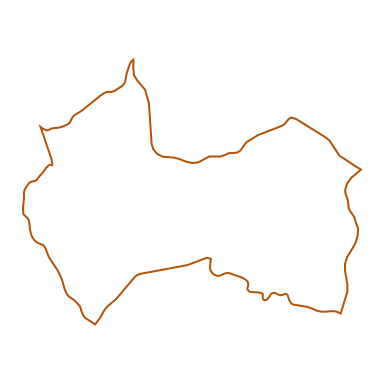 the Department of Canindeyú
{"feature_id": "PRY-619", "entity_name": "Canindeyú", "entity_type": "Department", "adm_level": 1, "iso_a3": "PRY", "parent_name": "Paraguay", "parent_adm1": "", "projection": "natural_earth1", "projection_center": [-55.27, -24.157], "detail": "fine", "context": "isolated", "style": "outline", "palette": "amber", "viewbox_px": 384, "rotation_deg": 0, "n_neighbors": 0, "source": "natural_earth", "source_scale": "10m", "svg_char_len": 2626}
<svg xmlns="http://www.w3.org/2000/svg" viewBox="0 0 384 384"><path d="M133.3,59.6L133.4,60.4L133.3,68.0L133.9,75.1L137.3,80.5L145.1,89.8L148.9,103.0L151.6,143.8L153.3,149.3L157.3,154.0L162.8,156.7L173.9,157.6L179.5,159.0L185.8,161.6L192.1,163.0L198.4,162.4L204.4,159.0L204.5,159.0L209.0,156.5L220.2,156.6L225.6,154.8L228.6,153.2L234.5,152.9L237.6,152.4L240.6,150.4L244.5,144.7L246.7,142.1L258.2,135.0L281.2,126.1L284.3,124.4L288.7,119.0L291.4,117.5L296.1,119.0L326.1,137.7L329.6,140.7L339.4,155.6L356.0,166.6L360.9,169.5L361.0,169.6L357.3,172.8L351.1,177.9L346.9,183.9L345.1,190.4L345.6,193.8L347.9,200.5L348.7,208.4L350.1,211.0L354.3,217.1L355.7,221.9L358.1,228.5L357.8,234.7L356.2,241.2L354.0,245.9L347.1,257.1L345.0,263.9L345.0,270.4L347.4,284.9L347.3,291.8L340.7,313.5L336.6,311.6L334.1,311.2L329.6,311.3L325.5,311.7L321.1,311.7L316.9,310.7L312.0,308.5L306.9,306.8L293.4,304.6L291.7,303.8L290.5,302.3L289.5,300.5L287.6,295.2L286.9,294.3L286.1,294.0L284.5,294.2L282.0,295.0L280.8,295.2L279.4,295.0L278.0,294.5L276.1,293.4L274.5,292.9L272.4,293.1L271.1,294.1L270.2,295.1L269.1,297.1L268.3,298.1L267.4,299.1L266.5,299.8L265.6,300.2L264.5,300.3L263.6,299.7L262.7,298.2L262.7,296.4L262.8,295.1L262.8,294.1L262.2,293.5L260.7,292.8L258.2,292.4L251.8,292.1L250.3,291.9L248.9,291.3L247.8,290.0L247.4,288.9L247.5,287.8L247.9,286.7L248.2,285.5L248.2,284.0L247.9,282.1L245.8,279.8L242.4,277.7L228.9,273.0L227.4,273.0L224.8,273.5L220.6,275.4L218.5,275.9L216.2,275.5L213.6,274.3L211.0,271.5L210.2,269.0L210.0,266.6L210.8,258.8L207.0,257.7L187.4,265.1L141.2,273.7L137.6,274.9L135.3,276.4L116.0,299.2L107.2,306.6L104.7,309.7L99.8,318.2L95.1,324.4L85.7,318.2L84.0,316.6L82.8,314.3L81.5,311.3L80.0,306.4L76.5,302.4L73.6,299.7L68.4,296.1L66.4,293.2L64.5,288.6L62.0,279.8L58.2,271.3L48.8,256.9L45.1,247.6L44.3,246.3L43.3,245.3L41.9,244.6L38.6,243.3L37.0,242.4L35.5,241.3L34.1,239.8L32.8,238.1L31.8,236.0L30.9,233.5L30.1,230.2L29.4,223.3L28.9,220.9L28.2,219.0L27.2,217.8L23.4,214.2L23.1,211.5L23.0,207.5L24.1,197.6L23.9,192.9L24.7,189.6L25.3,188.6L28.7,183.5L29.4,182.8L30.2,182.2L31.1,181.8L35.4,180.7L36.3,180.2L37.0,179.6L39.3,176.3L43.3,172.0L45.5,168.6L48.2,165.8L48.9,165.2L49.7,164.9L50.5,164.9L50.9,164.9L52.0,165.2L52.3,163.7L51.4,158.8L40.5,126.9L42.6,128.5L45.2,129.8L46.3,130.2L47.4,130.4L48.4,130.1L49.3,129.7L50.8,128.9L52.2,128.3L58.5,127.7L62.9,126.5L67.4,124.5L69.1,123.3L70.2,121.9L72.6,117.1L74.4,115.2L82.0,110.5L100.3,95.7L104.0,93.2L106.6,92.0L111.6,91.9L113.2,91.4L114.7,90.8L122.0,86.1L123.9,84.0L125.1,81.8L126.6,73.7L129.7,64.2L131.5,61.1L133.2,59.7L133.3,59.6Z" fill="none" stroke="#b45309" stroke-width="2"/></svg>